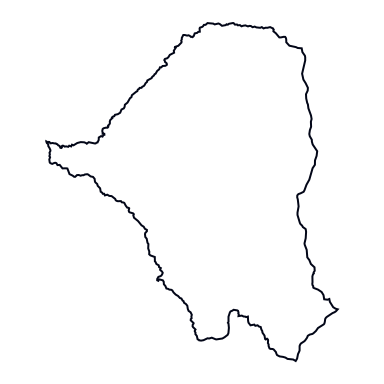 outline of El Tablón De Gómez, Nariño, Colombia
{"feature_id": "7082276B75736959401017", "entity_name": "El Tablón De Gómez", "entity_type": "district", "adm_level": 2, "iso_a3": "COL", "parent_name": "Colombia", "parent_adm1": "Nariño", "projection": "orthographic", "projection_center": [-77.003, 1.402], "detail": "fine", "context": "isolated", "style": "outline", "palette": "ink", "viewbox_px": 384, "rotation_deg": 0, "n_neighbors": 0, "source": "geoboundaries", "source_scale": "gbopen_adm2", "svg_char_len": 5922}
<svg xmlns="http://www.w3.org/2000/svg" viewBox="0 0 384 384"><path d="M301.7,48.3L297.8,48.0L295.9,47.1L289.4,45.7L286.3,42.3L286.2,39.2L285.9,38.0L285.2,36.9L283.8,36.8L280.9,37.4L279.3,37.4L275.8,33.2L273.4,31.3L273.7,29.6L273.3,29.4L273.1,28.5L270.1,27.1L267.3,27.8L265.7,27.7L263.5,28.4L261.8,27.1L260.2,27.8L256.4,27.4L254.7,26.6L252.6,27.2L250.8,26.0L249.3,25.9L248.0,26.4L245.4,25.4L243.3,25.7L241.5,26.3L239.9,25.1L237.8,25.3L237.0,24.5L234.9,24.6L233.7,23.2L233.1,23.0L228.9,23.8L227.8,24.7L226.5,24.3L225.8,25.1L222.0,25.8L219.7,24.0L218.4,23.5L214.7,24.4L213.2,23.6L207.5,23.1L205.6,24.8L203.9,24.9L203.0,26.3L202.2,26.9L199.9,27.7L199.6,28.4L199.8,31.7L198.2,31.9L197.1,32.9L194.7,33.4L193.7,36.1L192.6,37.1L192.0,36.7L191.1,37.0L189.7,35.8L188.5,35.3L187.1,35.6L184.8,35.0L183.3,35.0L181.8,37.9L181.8,39.4L181.2,40.6L181.6,41.8L181.4,42.6L178.3,45.8L175.0,46.9L174.9,47.3L175.7,47.8L173.8,50.7L174.1,52.7L169.8,54.9L168.3,57.3L167.1,58.3L165.0,58.9L164.6,59.4L164.3,60.1L164.9,61.0L165.0,61.9L166.4,63.0L166.9,64.1L166.8,64.9L165.4,65.8L162.6,66.0L161.2,67.4L160.0,67.3L159.2,69.3L157.2,70.9L155.6,73.7L154.6,74.2L153.9,75.5L152.2,76.9L151.6,78.1L147.3,80.5L147.1,81.8L145.5,83.3L144.7,84.9L143.8,86.0L142.2,86.8L141.5,87.8L139.6,87.9L139.2,88.8L137.8,89.6L137.3,91.2L136.4,91.6L131.9,95.2L131.4,97.2L130.0,98.2L127.5,102.6L124.9,104.7L124.6,106.9L123.8,108.4L121.5,109.5L120.2,112.7L117.8,114.2L115.0,114.8L114.3,116.2L113.3,116.4L112.0,117.4L112.4,118.0L110.3,120.0L109.8,121.5L109.9,123.2L109.3,124.5L108.1,125.5L107.9,126.3L108.3,126.8L107.8,127.5L107.1,127.8L106.1,127.6L103.5,128.3L102.7,129.0L102.3,130.7L102.4,132.0L103.0,132.9L102.7,133.6L104.3,133.8L104.4,134.8L103.4,135.1L102.5,136.6L101.1,136.1L98.8,137.5L98.7,140.0L97.5,142.5L96.6,142.6L95.7,143.4L95.0,143.5L88.7,142.2L86.8,143.7L86.1,143.1L84.2,142.3L80.7,142.1L77.3,143.0L73.5,145.3L72.0,144.7L71.2,146.4L69.2,145.7L68.3,146.8L66.2,146.4L64.6,146.6L63.5,145.8L62.4,145.7L61.8,146.2L61.9,147.5L61.3,148.0L60.4,147.8L59.5,145.9L58.2,145.3L57.3,144.2L56.4,144.0L55.8,143.4L54.2,143.4L52.7,143.0L50.5,143.3L49.4,142.0L48.7,141.9L47.9,142.3L46.3,141.4L46.3,141.6L46.9,143.1L48.2,144.2L48.3,146.1L49.5,148.0L50.4,150.1L50.4,150.9L49.5,152.8L49.9,154.3L49.4,156.1L50.1,157.2L49.3,159.5L49.7,162.3L50.3,163.1L52.2,163.9L54.4,162.9L55.6,162.8L56.4,163.2L57.5,165.1L59.7,164.9L62.5,168.4L66.1,168.3L67.4,168.5L69.5,174.1L72.6,175.6L74.2,176.8L75.2,176.8L77.0,175.1L78.8,175.0L80.6,175.7L82.2,175.2L83.6,175.2L84.8,174.5L87.2,174.2L88.1,174.5L90.6,176.4L93.0,176.9L94.6,178.8L94.9,181.2L95.3,182.3L97.2,184.0L97.7,185.8L100.1,188.3L100.7,191.7L102.2,192.7L102.8,193.8L104.2,193.8L104.9,195.4L107.3,194.7L109.3,195.9L111.6,196.1L115.2,198.9L115.7,200.2L116.5,200.8L117.8,201.2L120.9,201.1L121.8,202.3L123.5,202.5L124.3,202.9L125.7,205.6L127.2,207.6L128.8,207.9L129.2,208.3L128.7,210.6L129.1,211.9L129.8,212.4L133.0,213.3L133.6,213.8L133.8,214.4L133.3,215.2L134.0,217.7L138.1,221.1L141.5,225.3L143.7,226.7L144.9,228.8L146.9,229.9L146.9,231.2L145.2,233.1L145.0,234.2L145.3,237.0L146.7,238.7L147.5,242.8L148.4,244.0L148.2,248.4L149.3,251.6L149.2,254.3L150.4,255.4L154.8,257.0L154.9,261.4L155.5,261.9L156.4,264.0L158.7,265.3L159.1,267.2L160.8,268.1L160.1,269.5L160.2,270.0L161.8,271.3L162.7,272.7L162.5,273.6L161.5,275.4L160.6,276.1L158.4,276.9L157.2,279.0L157.2,280.3L158.3,280.8L158.9,279.7L159.4,279.4L162.8,280.3L163.7,281.7L163.9,284.3L165.4,286.0L166.4,288.5L168.2,288.9L169.3,289.6L171.3,289.8L172.3,290.4L173.5,292.4L175.7,294.6L178.1,296.0L179.9,298.0L181.4,298.5L182.6,300.6L183.6,301.2L184.0,302.7L185.9,304.0L187.3,305.7L187.8,308.9L188.6,310.9L190.6,312.3L191.8,314.8L191.4,316.5L191.6,318.3L190.8,319.1L190.7,320.3L193.6,323.1L193.6,323.5L192.7,324.8L192.6,326.4L193.1,327.2L195.5,329.5L194.8,330.7L194.8,331.5L195.5,332.6L195.4,334.1L196.8,335.9L197.6,339.3L198.9,339.9L199.1,340.3L201.1,340.6L203.5,340.2L207.5,338.3L209.1,338.5L211.8,337.7L215.7,339.3L216.5,339.4L222.4,338.5L224.6,337.2L227.6,334.9L228.4,333.2L228.9,327.9L228.5,323.5L227.9,322.8L228.5,321.8L228.5,316.7L229.9,312.4L230.6,311.4L232.3,310.7L233.6,309.8L237.3,310.4L238.0,310.8L238.5,312.4L238.3,313.5L238.8,314.4L238.5,316.1L241.8,315.6L243.6,316.5L245.2,316.6L246.1,317.1L247.9,316.6L248.1,320.9L248.5,322.7L250.5,325.3L254.3,324.6L255.3,325.8L257.6,325.3L259.1,326.6L260.7,327.0L261.4,329.6L262.2,330.9L262.5,332.7L264.5,335.6L265.1,339.0L265.8,339.5L267.0,338.7L267.9,339.5L268.1,340.6L267.9,343.1L268.6,344.4L268.6,346.0L269.5,348.4L270.4,348.9L272.7,349.0L273.7,349.5L276.0,352.2L276.3,353.5L277.1,355.1L279.6,356.4L283.1,356.9L285.5,357.6L287.5,358.9L293.2,359.5L295.7,361.0L297.1,358.6L298.0,354.1L299.3,351.3L299.6,350.4L299.6,346.0L300.2,344.5L300.9,343.5L304.4,341.2L305.3,340.2L307.0,337.8L307.8,335.8L309.7,334.6L312.5,333.9L313.5,333.2L315.9,331.0L318.0,328.0L323.7,324.4L324.3,323.7L324.8,321.9L325.2,319.0L325.8,317.9L326.7,317.0L332.5,313.1L334.6,312.2L336.0,311.2L337.7,309.3L335.6,308.7L333.2,307.2L329.9,301.9L329.3,299.0L327.5,299.7L324.2,299.3L323.5,295.1L321.6,292.0L318.0,289.6L314.1,288.1L313.3,287.6L313.2,286.1L312.5,285.1L312.3,283.8L312.5,282.3L312.4,276.4L312.9,274.6L313.8,273.4L313.5,273.0L313.7,272.3L314.7,270.8L314.5,267.3L310.9,264.0L309.3,260.0L307.3,257.4L306.7,249.9L304.7,244.7L304.5,243.3L305.7,238.3L306.1,231.9L305.8,229.7L305.6,229.0L302.9,227.1L302.1,225.6L300.5,224.1L299.9,223.0L297.5,215.0L297.5,212.6L298.6,206.4L297.8,199.4L297.2,197.3L297.3,195.4L298.4,194.1L300.6,193.3L303.6,191.8L304.4,190.4L306.5,184.7L309.3,179.7L312.6,168.2L314.9,164.8L315.0,160.4L316.6,155.9L317.2,151.2L312.7,144.5L311.9,141.7L311.8,139.7L309.8,136.3L309.3,134.0L309.9,130.1L311.1,126.8L310.9,121.7L311.6,119.0L311.0,115.5L308.4,108.3L307.9,104.4L307.2,102.9L306.2,98.4L306.0,94.2L307.7,90.6L307.9,87.8L305.6,83.1L303.4,79.6L302.1,73.7L305.2,60.5L305.2,57.2L304.9,55.7L302.4,52.1L301.7,48.3Z" fill="none" stroke="#020617" stroke-width="2"/></svg>